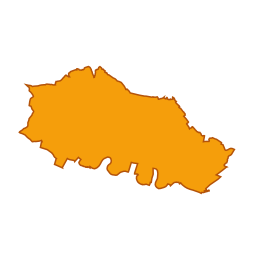 the district of Napradea, Salaj, Romania, rotated 275°
{"feature_id": "2599482B62683789744517", "entity_name": "Napradea", "entity_type": "district", "adm_level": 2, "iso_a3": "ROU", "parent_name": "Romania", "parent_adm1": "Salaj", "projection": "albers", "projection_center": [23.333, 47.354], "detail": "fine", "context": "isolated", "style": "filled", "palette": "amber", "viewbox_px": 256, "rotation_deg": 275, "n_neighbors": 0, "source": "geoboundaries", "source_scale": "gbopen_adm2", "svg_char_len": 5720}
<svg xmlns="http://www.w3.org/2000/svg" viewBox="0 0 256 256"><g transform="rotate(275 128 128)"><path d="M162.6,169.8L161.9,169.8L161.1,170.9L160.7,170.2L160.3,169.3L160.4,168.7L160.2,168.2L160.5,167.8L159.9,167.2L160.1,166.3L159.9,166.1L159.9,165.8L160.5,164.1L161.3,164.5L161.7,164.3L161.8,164.1L161.5,163.9L160.3,162.6L161.0,161.6L161.0,161.2L161.5,161.0L161.8,161.1L160.8,160.0L160.4,159.2L160.0,157.5L159.5,156.8L159.3,155.8L160.6,155.3L161.6,154.4L161.1,153.1L161.0,150.7L160.9,150.5L161.2,150.3L161.1,149.7L160.8,149.0L161.3,143.3L161.2,141.0L161.3,140.8L161.7,136.5L163.1,127.2L165.0,125.7L166.7,123.6L166.6,123.2L166.1,122.8L166.2,122.4L166.6,122.3L168.8,121.0L169.7,120.3L172.8,117.3L172.9,116.6L173.4,115.8L173.9,113.2L175.6,111.3L176.1,110.3L176.5,109.0L179.3,104.2L179.3,103.4L179.6,102.9L181.0,102.1L180.9,101.8L181.2,101.5L181.2,101.3L181.5,101.0L181.3,100.5L181.8,99.9L183.0,100.1L183.4,99.1L184.4,98.3L184.4,97.9L184.2,97.3L184.2,97.0L184.7,96.9L185.6,96.3L186.7,94.7L185.8,93.6L184.1,93.2L183.8,92.9L183.7,92.0L183.2,91.7L183.2,91.2L182.9,91.0L182.7,90.6L181.8,90.5L181.1,90.7L180.3,90.8L178.8,90.6L177.6,90.6L176.8,90.2L175.6,90.1L175.4,89.6L177.3,89.1L177.7,88.6L179.7,87.6L180.4,87.5L182.3,86.4L183.0,86.3L184.9,85.0L185.3,84.4L185.4,84.1L185.8,83.4L185.8,83.2L184.4,79.9L183.9,79.3L183.1,79.2L182.5,78.8L182.2,78.5L182.2,77.3L181.7,77.1L181.5,76.5L181.6,75.6L181.5,74.8L181.8,74.2L182.3,73.9L182.4,73.0L182.6,72.5L182.5,71.9L182.4,71.7L181.9,71.5L181.4,71.7L181.4,70.6L179.1,65.7L178.0,65.2L177.9,64.8L177.6,64.3L176.9,64.1L176.4,64.1L174.8,64.6L173.9,65.3L173.8,64.6L173.9,64.1L174.6,63.0L174.7,62.2L175.3,61.6L174.4,60.6L173.4,60.1L172.9,59.5L170.6,57.9L169.7,57.1L169.1,56.3L168.8,55.4L168.4,53.6L168.1,53.0L168.1,52.3L166.5,51.8L166.0,52.0L165.3,51.6L164.7,51.9L164.4,50.4L164.5,49.1L164.7,48.3L164.7,47.4L164.4,46.8L164.6,46.3L164.7,45.6L164.6,44.8L164.7,44.0L164.6,43.0L164.3,42.3L163.9,42.0L163.8,40.8L163.3,38.0L162.9,36.6L162.1,34.7L161.4,30.4L161.0,29.3L161.7,27.7L161.8,27.1L161.9,24.8L162.2,22.7L160.5,24.8L159.9,25.9L158.3,26.4L156.8,26.3L156.3,26.5L155.2,28.0L154.4,28.8L152.9,30.1L151.6,30.9L151.2,31.0L150.7,30.7L148.9,28.5L148.2,28.2L145.8,27.8L141.7,27.6L141.6,27.8L141.3,29.3L141.0,29.6L138.5,30.7L136.7,32.4L136.0,32.6L133.6,31.4L132.5,31.2L129.2,29.0L128.4,28.6L127.4,28.6L124.5,27.8L122.8,28.0L121.2,28.0L120.1,27.2L118.7,25.3L118.7,24.8L118.3,24.2L116.8,22.9L116.2,22.1L114.8,20.4L114.2,20.1L113.7,20.9L113.2,23.2L112.1,26.1L109.9,28.6L108.7,30.4L108.3,31.3L106.1,33.7L106.0,34.3L106.4,35.4L106.5,37.4L106.9,39.4L107.3,41.0L108.1,42.9L106.7,43.6L106.3,43.0L101.0,42.4L99.4,49.5L96.4,54.5L96.2,54.5L94.9,55.9L94.0,56.3L92.6,57.4L91.3,59.3L91.1,59.1L85.3,58.0L85.1,58.8L82.6,66.1L82.8,66.0L85.1,67.0L92.3,70.2L92.1,70.5L91.4,72.6L91.0,77.0L90.7,77.5L89.9,77.8L94.4,81.2L93.4,82.5L92.6,83.8L90.2,82.4L89.3,82.1L88.1,82.6L87.6,83.0L87.1,83.6L86.9,83.7L86.7,84.0L86.2,86.6L85.9,86.7L85.6,89.2L85.3,89.3L85.3,91.1L85.8,91.0L85.6,92.5L85.2,93.0L84.9,93.6L86.2,93.6L85.2,95.2L84.7,96.6L84.5,98.2L85.0,99.4L85.9,100.8L87.8,102.5L89.9,103.6L92.4,104.6L94.4,105.8L95.5,107.0L97.3,110.2L97.2,111.5L96.9,112.6L96.4,113.2L95.6,113.7L94.0,114.2L92.1,114.1L90.7,113.2L89.7,112.0L88.6,111.2L87.4,110.8L85.7,110.7L84.5,111.1L81.7,113.6L80.7,114.7L80.1,116.3L79.9,120.0L80.2,121.2L83.0,124.1L83.6,125.2L84.5,127.5L84.7,129.1L84.1,132.0L84.6,132.3L94.0,134.3L93.6,136.7L93.4,140.7L83.6,138.5L82.8,138.6L82.9,140.9L82.9,141.6L82.7,141.9L82.2,142.2L81.8,141.5L81.0,141.2L80.5,140.8L78.5,140.8L77.3,141.2L75.8,142.0L75.0,142.6L74.0,143.9L73.4,145.2L73.0,146.4L73.1,147.1L72.8,147.3L73.1,149.4L73.6,151.0L72.8,154.2L74.3,154.8L75.8,155.0L75.8,155.9L80.1,156.2L83.1,156.9L84.3,157.1L90.0,156.5L90.0,157.2L89.8,158.9L89.4,159.9L88.2,161.0L85.3,161.7L80.3,161.7L76.1,160.2L73.9,160.1L72.6,160.6L71.3,161.8L70.3,163.8L70.6,165.5L71.9,168.9L73.0,170.8L74.8,172.1L75.7,172.5L75.4,174.1L75.2,174.7L74.1,175.3L76.8,177.8L77.7,178.8L78.3,181.0L78.1,181.3L78.3,183.3L76.8,184.2L76.8,184.4L77.4,184.8L77.9,185.3L76.2,187.0L74.4,189.7L73.2,192.2L72.3,195.3L71.8,198.1L70.1,204.7L69.3,206.6L70.2,207.0L70.2,208.3L70.3,208.9L71.1,210.7L71.8,212.8L72.3,213.7L72.4,214.3L73.0,214.2L73.1,213.7L72.5,213.2L72.2,212.4L72.3,211.9L71.4,209.8L72.0,209.5L73.2,211.6L74.4,210.8L78.7,214.7L84.7,222.0L87.5,224.6L89.0,220.0L90.6,221.9L94.8,226.5L97.6,229.4L97.8,229.9L97.9,229.7L98.0,228.7L98.8,227.2L99.6,227.0L101.0,228.0L101.8,228.9L101.9,229.3L102.4,229.5L104.4,229.9L104.9,229.7L106.3,230.0L106.6,230.3L107.9,230.3L108.5,230.6L109.3,231.3L109.6,232.1L110.6,233.3L115.9,235.9L116.6,233.8L116.7,232.3L116.2,231.0L115.0,229.3L114.3,227.6L114.4,227.0L115.0,226.3L115.9,226.0L119.7,224.0L120.0,222.2L121.6,222.4L124.5,217.1L124.7,215.8L125.7,213.0L125.2,212.1L125.0,210.5L124.8,210.1L123.7,209.6L123.2,209.7L122.8,210.0L122.5,210.1L121.7,209.9L121.3,205.9L120.9,204.3L126.9,204.9L127.0,204.7L126.9,203.7L126.6,202.9L126.9,202.3L127.2,201.8L128.9,201.0L129.4,200.3L129.9,200.0L129.9,199.7L129.6,198.9L129.7,198.5L129.9,198.4L129.9,198.1L130.2,197.8L130.4,197.0L130.7,196.6L131.4,196.0L132.2,194.9L132.7,194.6L134.8,192.3L134.9,191.9L134.8,191.7L134.1,191.7L133.6,190.9L133.1,189.7L132.6,189.3L134.3,188.5L135.7,187.3L136.2,187.0L136.7,186.4L137.1,186.4L137.3,186.1L137.6,186.2L137.9,186.5L138.3,187.2L139.2,187.7L142.1,185.2L144.6,182.5L145.9,183.9L146.5,183.6L147.3,183.5L147.9,182.7L148.8,182.1L149.0,181.5L150.5,180.2L151.3,179.4L152.1,178.8L152.6,177.4L153.2,176.9L153.8,177.5L154.5,177.0L155.2,176.1L155.8,175.2L156.0,175.1L156.3,174.6L157.4,173.4L157.9,173.2L158.7,173.8L159.1,173.0L159.7,172.3L160.3,172.0L160.5,172.1L161.8,171.3L162.4,170.3L162.6,169.8Z" fill="#f59e0b" stroke="#b45309" stroke-width="1.5"/></g></svg>